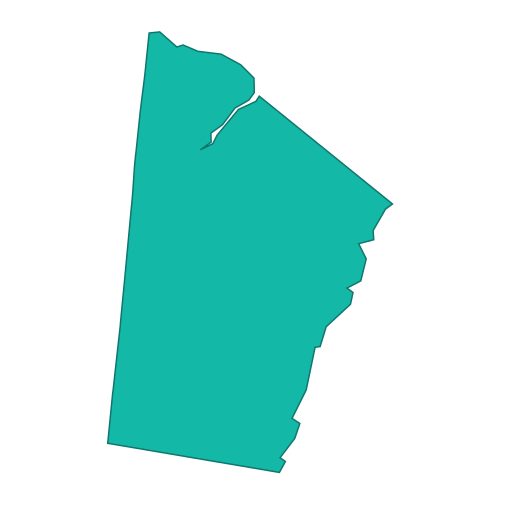 the district of Mecklenburg, Virginia, United States of America, rotated 96°
{"feature_id": "52423323B47547270594160", "entity_name": "Mecklenburg", "entity_type": "district", "adm_level": 2, "iso_a3": "USA", "parent_name": "United States of America", "parent_adm1": "Virginia", "projection": "natural_earth1", "projection_center": [-78.439, 36.716], "detail": "fine", "context": "isolated", "style": "filled", "palette": "teal", "viewbox_px": 512, "rotation_deg": 96, "n_neighbors": 0, "source": "geoboundaries", "source_scale": "gbopen_adm2", "svg_char_len": 853}
<svg xmlns="http://www.w3.org/2000/svg" viewBox="0 0 512 512"><g transform="rotate(96 256 256)"><path d="M457.8,383.9L468.8,210.1L457.3,205.3L454.1,211.0L433.4,198.4L418.0,194.9L413.7,203.2L384.0,192.1L340.6,187.7L339.4,182.8L319.0,178.8L294.1,157.0L282.2,155.7L278.4,162.2L269.8,149.2L247.3,146.1L233.0,155.2L227.5,140.6L218.5,142.2L195.8,132.1L190.0,125.7L96.7,269.5L102.2,272.2L112.1,288.8L139.9,307.3L148.8,310.7L156.2,322.5L147.4,312.5L138.5,313.7L128.9,303.0L111.0,292.3L101.7,279.4L93.7,274.8L79.3,276.6L67.5,291.1L58.9,311.8L58.5,335.2L53.8,350.6L56.4,356.6L43.2,375.2L45.4,385.6L83.8,385.5L87.8,385.5L92.9,385.6L122.6,386.2L165.9,386.2L167.9,386.3L179.8,386.2L203.1,385.3L211.5,385.1L221.0,385.0L223.9,385.0L291.3,384.2L337.6,383.8L338.3,383.7L405.6,384.1L405.8,384.2L457.8,383.9Z" fill="#14b8a6" stroke="#0f766e" stroke-width="1.5"/></g></svg>